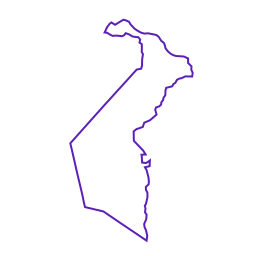 the district of Tamandaré, Pernambuco, Brazil, rotated 287°
{"feature_id": "56859067B61914387336292", "entity_name": "Tamandaré", "entity_type": "district", "adm_level": 2, "iso_a3": "BRA", "parent_name": "Brazil", "parent_adm1": "Pernambuco", "projection": "natural_earth1", "projection_center": [-35.18, -8.746], "detail": "fine", "context": "isolated", "style": "outline", "palette": "violet", "viewbox_px": 256, "rotation_deg": 287, "n_neighbors": 0, "source": "geoboundaries", "source_scale": "gbopen_adm2", "svg_char_len": 1726}
<svg xmlns="http://www.w3.org/2000/svg" viewBox="0 0 256 256"><g transform="rotate(287 128 128)"><path d="M25.7,178.7L30.6,177.9L35.5,175.1L37.9,172.9L40.9,171.5L46.1,172.1L50.4,171.2L52.4,168.9L56.0,168.3L58.7,166.8L60.7,167.4L67.7,166.8L71.8,165.5L74.2,163.2L76.9,162.3L80.1,164.2L83.0,163.6L86.4,162.2L93.2,158.1L95.4,155.7L97.8,159.8L103.4,158.4L101.4,157.0L99.7,155.3L99.1,151.6L101.2,150.8L103.8,149.9L106.4,148.7L107.8,152.6L110.8,149.2L117.5,137.3L126.4,134.4L129.5,136.5L131.2,139.0L133.3,141.8L137.8,142.0L141.8,146.7L146.2,149.5L149.2,151.4L153.4,148.7L155.8,148.8L157.9,151.6L160.0,152.8L162.4,152.4L165.0,153.4L167.2,153.1L170.2,154.1L175.2,152.8L177.6,152.8L178.9,155.0L180.8,158.1L183.3,158.6L185.1,160.1L188.3,160.7L190.3,162.7L191.4,164.8L194.1,167.7L194.9,170.5L196.0,174.3L199.5,173.8L202.4,171.4L205.5,170.7L207.7,166.5L212.1,165.1L212.7,160.6L211.9,157.0L210.9,153.0L210.9,149.9L211.5,147.1L212.9,143.8L215.2,140.6L217.4,139.3L219.7,137.7L221.1,134.3L223.9,131.0L225.2,128.2L225.0,124.8L224.4,119.5L223.1,116.1L223.0,112.5L224.0,108.0L224.9,105.2L226.2,103.0L227.5,100.6L229.9,97.8L230.3,94.5L230.2,92.0L228.1,90.0L225.7,87.9L222.9,85.4L224.1,81.3L222.3,80.0L218.6,78.6L212.5,77.7L213.0,80.3L212.2,82.7L211.6,86.3L212.9,89.7L213.5,92.4L214.0,95.5L215.8,97.3L218.0,98.1L217.8,101.9L216.8,105.4L217.2,108.2L217.8,111.4L216.1,113.8L213.0,114.0L212.3,116.6L210.3,117.3L207.2,118.3L204.9,118.8L203.0,120.7L198.1,121.4L194.8,122.3L191.7,123.2L188.5,123.2L186.4,119.2L163.6,108.5L161.2,107.3L150.0,102.1L147.7,101.0L145.5,99.9L96.5,77.3L92.6,79.6L89.5,81.4L86.2,83.3L72.4,91.2L60.4,98.2L51.4,103.5L43.5,107.8L39.8,110.1L41.0,128.9L35.3,147.3L25.7,178.7Z" fill="none" stroke="#5b21b6" stroke-width="2"/></g></svg>